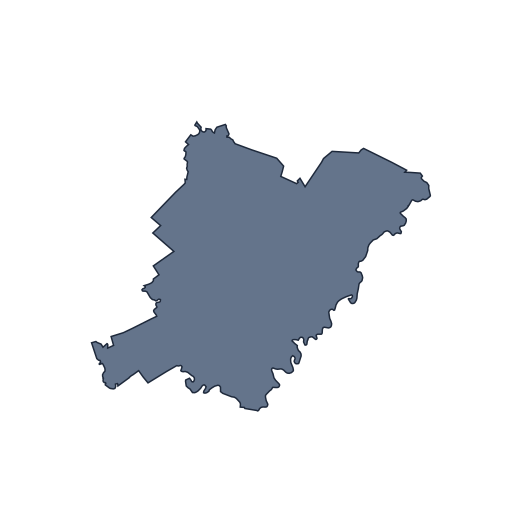 outline of Cornesti, Dâmbovita, Romania, rotated 70°
{"feature_id": "2599482B73260439310991", "entity_name": "Cornesti", "entity_type": "district", "adm_level": 2, "iso_a3": "ROU", "parent_name": "Romania", "parent_adm1": "Dâmbovita", "projection": "orthographic", "projection_center": [25.895, 44.77], "detail": "fine", "context": "isolated", "style": "filled", "palette": "slate", "viewbox_px": 512, "rotation_deg": 70, "n_neighbors": 0, "source": "geoboundaries", "source_scale": "gbopen_adm2", "svg_char_len": 6140}
<svg xmlns="http://www.w3.org/2000/svg" viewBox="0 0 512 512"><g transform="rotate(70 256 256)"><path d="M338.3,400.9L334.0,379.9L331.9,367.9L332.6,367.0L332.9,366.2L333.0,364.4L333.6,363.7L334.8,363.4L336.4,364.5L337.9,365.8L338.8,365.6L339.8,364.1L340.3,362.0L342.0,359.9L346.5,357.2L347.4,356.3L349.2,355.6L351.0,356.1L352.2,357.0L352.8,358.3L352.0,359.4L349.9,359.7L348.1,360.3L348.5,364.5L349.7,365.1L354.3,366.0L356.6,364.9L358.4,363.5L362.6,362.4L363.5,360.3L363.4,358.5L363.0,356.7L361.4,353.3L359.7,351.1L359.2,349.6L359.6,348.4L361.7,347.6L363.1,348.6L365.0,351.1L366.2,351.9L366.6,352.0L367.4,350.9L367.6,349.1L367.0,346.6L365.8,345.6L364.9,342.9L364.2,339.4L364.4,336.1L365.2,334.8L367.0,334.2L371.3,335.7L373.7,334.2L379.9,327.1L381.3,324.6L383.1,323.2L387.9,321.2L389.7,321.2L392.6,322.5L394.3,318.8L395.5,318.6L401.3,308.3L402.2,307.3L401.8,306.1L400.6,304.8L400.0,302.9L400.2,301.3L401.2,298.7L401.4,297.6L400.8,296.6L399.6,295.7L398.8,295.6L395.4,295.9L392.1,295.4L390.5,294.9L389.7,294.0L387.4,289.3L386.8,287.3L385.2,285.3L385.3,284.8L386.6,281.8L387.0,280.3L386.7,279.1L385.6,278.1L385.1,277.9L384.0,278.1L379.5,280.1L376.6,280.8L372.4,280.3L369.1,280.5L367.8,280.1L367.1,279.4L367.0,278.7L367.1,278.2L368.7,276.4L369.8,274.5L370.5,271.5L371.0,270.5L372.5,269.1L375.3,267.8L376.7,266.7L377.6,264.9L377.7,262.6L376.8,260.4L376.1,259.9L373.6,259.5L367.8,259.7L364.6,258.7L363.0,257.4L362.2,255.6L363.7,254.4L365.2,254.2L366.2,254.6L367.0,255.5L368.1,256.2L369.5,256.1L370.6,255.6L371.3,254.5L371.6,252.9L371.2,252.3L365.4,247.8L363.5,247.2L361.4,247.4L359.4,248.4L357.9,248.6L355.6,248.5L354.3,247.8L351.2,249.7L349.6,250.3L348.8,251.0L348.0,251.1L347.5,250.7L347.3,249.8L347.7,248.4L348.4,246.8L349.6,245.1L348.2,243.4L347.7,242.3L347.7,241.5L348.2,240.4L349.1,239.8L350.4,239.6L351.2,239.8L353.0,240.7L356.3,240.5L356.7,239.9L356.7,239.0L356.3,238.4L353.4,236.9L352.5,235.9L351.2,235.1L350.7,234.2L350.7,232.3L351.1,230.9L352.0,230.2L354.5,228.7L354.9,228.3L354.9,227.6L354.2,226.8L351.4,226.7L351.0,226.5L350.6,225.5L350.6,224.8L351.8,221.3L351.6,220.7L350.9,220.1L347.4,218.6L346.2,217.3L346.3,216.1L348.4,212.5L348.5,211.1L348.1,209.8L347.1,208.9L345.6,208.1L343.0,207.9L339.8,208.1L333.5,206.8L332.2,205.3L331.8,204.0L331.9,203.2L332.3,202.3L332.8,201.9L333.6,201.5L333.7,200.7L332.1,199.4L329.4,197.6L327.2,195.1L326.5,193.7L325.8,191.3L325.5,189.8L325.1,185.1L325.2,179.5L326.0,179.0L326.6,179.1L327.3,179.4L328.0,180.2L328.4,181.0L328.5,181.6L327.7,183.6L327.9,183.9L328.3,183.9L332.2,183.1L333.1,182.5L333.5,182.0L333.8,181.0L333.9,180.2L333.6,179.1L331.8,176.8L330.1,175.6L326.1,173.8L321.7,171.0L317.6,168.8L316.6,167.5L316.0,165.7L315.4,164.8L312.9,163.2L310.9,162.9L307.7,163.0L306.6,163.7L305.9,165.6L305.4,166.2L303.9,166.8L303.1,166.8L301.9,165.6L301.2,163.7L300.4,163.2L298.2,162.5L296.8,161.4L296.4,160.5L296.8,159.3L296.6,157.2L294.1,153.2L289.0,149.1L286.5,148.1L284.0,145.9L282.8,144.0L281.0,140.3L281.1,136.6L279.3,132.2L279.0,130.7L278.5,129.5L277.2,127.3L277.1,125.9L277.2,124.1L277.9,123.3L279.4,122.0L283.0,120.7L283.6,119.8L283.5,119.2L282.6,117.5L282.5,116.1L282.7,115.2L284.3,112.8L284.4,112.1L282.9,111.1L280.0,111.6L279.0,111.5L278.1,110.9L277.5,109.9L277.9,107.5L277.8,106.1L276.1,104.0L274.4,102.8L272.6,102.2L270.9,102.8L269.2,103.9L265.2,105.8L264.5,105.6L264.3,105.2L264.1,102.2L262.8,98.0L261.4,95.9L260.9,95.9L260.7,95.0L257.1,90.8L256.7,89.8L257.1,89.1L259.0,87.5L260.3,85.3L260.4,84.2L260.4,82.3L259.7,80.5L259.7,79.7L260.9,78.0L261.0,76.1L259.6,72.3L259.1,71.6L258.4,71.4L251.6,70.6L248.8,69.5L245.4,70.4L243.3,72.5L239.9,74.1L238.8,73.8L237.8,72.3L234.3,73.3L230.2,82.5L228.2,87.5L226.9,85.1L214.2,96.6L191.7,118.1L192.3,120.9L194.3,124.2L183.7,148.7L187.5,159.2L190.3,162.3L207.7,186.2L198.0,188.1L199.6,191.5L201.2,191.2L201.9,193.1L189.7,205.5L185.7,202.5L181.0,199.3L171.2,203.1L154.8,223.7L143.3,237.3L141.7,237.6L141.3,237.9L138.9,238.1L137.3,239.5L135.3,240.5L134.4,242.7L133.3,242.4L133.5,241.4L133.0,240.4L132.0,239.6L126.0,240.0L124.4,239.9L123.6,239.4L121.9,239.8L121.6,248.7L123.4,251.2L126.2,253.0L125.5,253.7L124.3,254.4L122.4,254.7L121.3,255.2L119.2,259.4L120.7,259.9L121.5,260.8L121.8,261.8L121.8,262.5L120.7,263.9L119.0,264.6L117.0,264.1L116.2,263.5L111.2,265.6L109.8,265.8L112.1,268.7L112.8,268.5L113.8,267.4L114.6,266.8L117.2,266.1L118.2,265.9L119.4,266.1L120.6,266.9L121.4,267.7L122.0,269.1L122.3,272.0L121.9,274.2L119.8,275.8L124.6,283.2L128.2,281.3L129.1,283.8L130.3,286.2L130.9,286.8L132.2,287.6L133.0,287.2L133.4,286.6L133.9,286.3L134.8,286.4L136.8,287.3L138.1,288.2L139.0,289.1L139.4,289.9L140.1,290.4L143.5,288.3L144.2,288.2L146.6,289.5L148.1,289.9L149.8,291.2L152.0,291.3L153.6,290.9L158.1,293.9L160.4,294.9L159.6,296.5L162.5,297.3L163.4,297.8L164.3,299.7L168.5,309.6L184.0,341.3L194.8,335.2L199.1,345.1L223.6,331.6L230.2,355.9L240.5,353.6L242.5,360.3L244.2,360.9L245.4,363.0L245.7,364.8L245.8,366.9L245.6,371.3L246.8,370.5L247.6,370.8L248.1,372.0L248.1,373.6L248.7,374.7L249.8,374.7L250.3,374.3L251.3,371.8L252.5,370.7L258.8,369.6L260.9,368.6L261.9,367.7L262.4,366.6L263.9,365.5L264.0,364.9L264.0,364.4L263.6,363.5L263.3,362.2L263.8,361.1L264.4,360.7L265.9,361.5L266.3,362.3L265.9,364.9L265.9,365.6L266.3,366.1L266.8,366.5L267.5,366.7L268.4,366.8L269.5,366.5L270.4,366.8L271.4,369.8L272.1,370.7L272.6,371.0L273.9,371.0L277.4,369.9L278.7,369.9L279.3,376.1L281.7,396.6L282.7,407.0L282.1,419.7L291.3,420.4L291.8,426.7L291.8,426.9L288.7,425.6L287.7,425.7L287.4,426.0L289.4,431.0L285.8,431.7L282.9,434.9L281.6,435.7L281.3,440.2L298.0,440.7L300.0,439.6L300.9,438.2L301.7,438.4L302.5,438.2L303.0,438.6L303.2,439.5L303.7,440.2L304.1,440.3L304.3,440.2L304.5,437.1L305.5,436.8L309.4,436.4L310.8,436.6L312.5,437.3L313.0,438.0L313.3,438.9L315.1,440.8L316.7,441.3L318.5,441.2L318.5,441.6L319.6,441.7L320.7,442.3L321.8,442.5L323.2,441.8L323.2,441.2L323.7,440.7L324.4,440.7L325.1,441.5L325.6,441.7L329.9,438.9L330.7,438.1L332.1,435.5L332.2,434.1L331.9,433.5L330.5,432.4L328.3,431.9L328.5,429.8L328.8,429.7L330.9,430.2L327.0,416.7L326.7,416.5L325.8,414.0L325.5,412.2L323.6,405.5L331.2,403.4L338.3,400.9Z" fill="#64748b" stroke="#1e293b" stroke-width="1.5"/></g></svg>